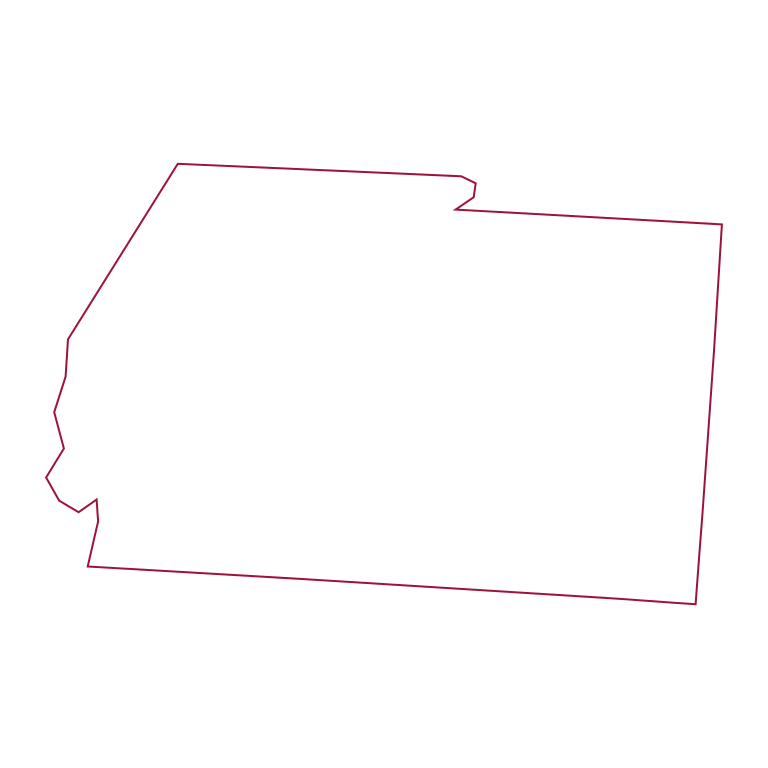 the district of Ross, Ohio, United States of America
{"feature_id": "52423323B5632937542361", "entity_name": "Ross", "entity_type": "district", "adm_level": 2, "iso_a3": "USA", "parent_name": "United States of America", "parent_adm1": "Ohio", "projection": "robinson", "projection_center": [-83.117, 39.342], "detail": "fine", "context": "isolated", "style": "outline", "palette": "rose", "viewbox_px": 768, "rotation_deg": 0, "n_neighbors": 0, "source": "geoboundaries", "source_scale": "gbopen_adm2", "svg_char_len": 404}
<svg xmlns="http://www.w3.org/2000/svg" viewBox="0 0 768 768"><path d="M87.7,566.5L303.7,579.1L619.2,598.8L675.7,602.9L695.6,604.2L699.4,553.4L702.3,515.9L714.0,351.0L721.9,224.4L455.6,209.6L473.7,197.2L475.7,183.3L461.3,176.3L177.8,163.8L68.0,339.3L65.6,376.6L54.2,412.2L63.9,448.5L46.1,477.5L59.2,500.7L78.6,512.2L96.6,499.5L98.1,521.5L87.7,566.5Z" fill="none" stroke="#9f1239" stroke-width="2"/></svg>